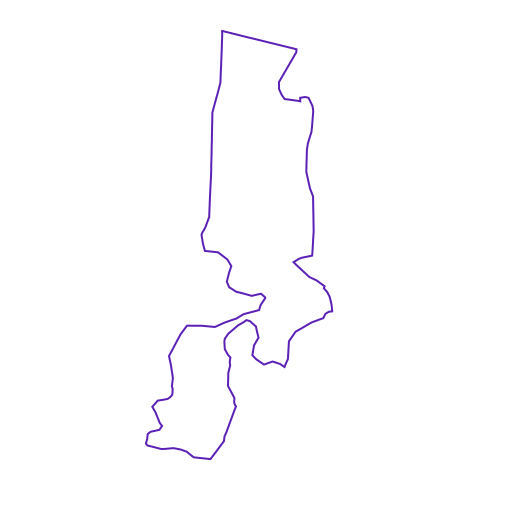 Jahran, Dhamar, Yemen, rotated 14°
{"feature_id": "15242507B45956932951214", "entity_name": "Jahran", "entity_type": "district", "adm_level": 2, "iso_a3": "YEM", "parent_name": "Yemen", "parent_adm1": "Dhamar", "projection": "albers", "projection_center": [44.298, 14.733], "detail": "fine", "context": "isolated", "style": "outline", "palette": "violet", "viewbox_px": 512, "rotation_deg": 14, "n_neighbors": 0, "source": "geoboundaries", "source_scale": "gbopen_adm2", "svg_char_len": 3237}
<svg xmlns="http://www.w3.org/2000/svg" viewBox="0 0 512 512"><g transform="rotate(14 256 256)"><path d="M245.3,45.6L217.2,45.7L216.0,45.7L206.8,45.7L194.5,45.8L193.7,45.8L181.4,45.8L168.7,45.8L168.7,46.0L168.9,46.7L169.7,49.5L169.9,50.4L171.0,55.6L172.6,63.1L174.0,69.7L174.6,72.7L175.9,78.8L176.1,79.8L177.6,87.3L179.5,96.2L179.5,97.9L179.5,101.4L179.4,109.7L179.3,110.5L179.0,125.6L179.0,127.5L179.2,128.4L179.6,130.0L180.8,135.2L180.9,135.6L181.1,136.6L184.5,151.6L185.1,154.0L186.5,160.5L188.3,168.1L188.9,171.0L189.4,173.1L190.4,177.8L191.9,184.1L192.4,186.5L192.7,187.9L193.7,192.7L194.1,194.9L195.3,201.0L198.3,216.0L198.7,217.7L199.0,219.1L199.2,220.3L201.2,229.7L201.2,229.8L201.0,230.7L199.9,240.7L198.1,246.9L198.0,248.6L201.5,256.8L202.3,258.2L203.2,259.9L205.2,263.4L209.7,262.8L218.3,261.6L229.1,266.3L233.9,271.2L234.5,271.7L234.4,273.0L233.9,279.0L233.9,288.0L234.0,288.1L234.5,288.8L237.5,292.8L238.8,293.2L243.2,294.7L243.4,294.8L244.7,295.2L245.6,295.5L251.3,295.4L261.4,295.7L262.2,295.3L262.3,295.3L269.7,291.5L270.0,291.4L272.5,292.7L273.3,293.1L274.9,293.9L275.2,294.5L272.3,302.6L272.1,307.7L266.7,310.7L257.9,315.5L252.3,321.3L241.9,328.0L233.3,334.8L220.3,336.8L205.9,340.3L203.9,345.1L201.8,350.1L199.8,358.0L198.4,363.7L196.7,370.5L195.8,374.1L196.3,375.2L196.9,376.4L199.9,382.6L200.1,383.0L201.0,385.2L204.9,394.6L205.5,399.5L205.9,402.8L207.3,405.1L207.7,407.3L208.2,409.7L208.2,411.4L207.0,413.5L204.8,416.1L199.7,418.4L195.6,420.1L193.9,423.5L192.0,427.1L191.9,427.4L196.5,432.2L196.8,432.6L196.9,432.8L203.1,441.4L206.0,443.6L204.3,448.1L196.3,452.0L194.0,454.9L194.7,460.1L194.6,464.7L196.4,466.1L211.0,466.2L215.2,464.9L220.0,463.2L222.4,462.4L229.9,462.0L230.5,462.1L236.0,462.6L238.8,463.9L242.2,465.5L244.2,466.4L245.0,466.3L246.1,466.1L248.0,465.9L256.4,464.7L260.9,464.1L261.5,462.8L264.5,455.8L269.1,444.8L269.7,443.5L269.6,442.7L269.1,438.5L269.9,434.4L270.9,424.8L272.4,410.9L273.0,406.8L271.7,405.7L270.3,403.5L269.4,399.0L260.3,388.9L257.4,376.1L257.4,375.2L257.4,368.3L257.4,368.2L256.3,365.9L255.9,363.0L255.7,360.6L252.9,358.8L248.3,354.0L245.9,346.3L245.8,343.7L247.9,338.1L255.4,327.6L260.2,323.0L262.3,320.5L265.9,320.7L273.0,324.4L275.2,329.0L278.2,334.6L275.7,343.3L276.5,353.2L281.3,356.2L290.0,359.4L297.6,354.4L301.3,354.6L305.7,355.0L310.5,356.8L311.1,352.6L311.9,348.3L308.6,330.8L312.7,319.9L319.0,313.9L324.3,308.7L326.2,306.9L334.1,301.5L336.4,300.0L336.8,297.8L337.4,295.2L340.3,292.4L343.3,291.3L343.2,291.0L343.2,290.9L341.1,285.0L338.7,280.3L337.5,278.0L334.0,273.9L329.6,270.8L329.9,268.8L320.6,265.0L312.8,263.5L298.0,255.3L293.9,252.9L298.3,248.4L301.1,246.5L309.9,242.3L310.4,242.0L309.9,239.0L307.9,228.3L307.6,227.0L306.0,218.2L302.0,203.2L300.5,197.6L299.9,195.5L299.3,193.1L297.9,188.0L297.4,186.1L297.2,185.4L297.0,184.5L296.8,184.2L292.8,178.5L292.7,178.3L292.1,177.5L284.4,162.1L283.4,157.3L282.9,155.3L282.1,151.7L282.0,151.1L281.1,146.9L279.7,140.8L279.6,140.3L279.2,135.0L279.1,134.3L279.6,125.0L279.8,122.4L279.1,117.2L276.5,101.6L275.8,99.8L274.4,96.6L268.7,89.8L265.3,89.8L260.6,91.8L261.5,95.2L259.5,95.3L258.3,95.4L248.9,96.4L245.8,96.8L241.9,93.4L238.0,88.5L236.2,81.7L245.8,48.6L245.3,45.6Z" fill="none" stroke="#5b21b6" stroke-width="2"/></g></svg>